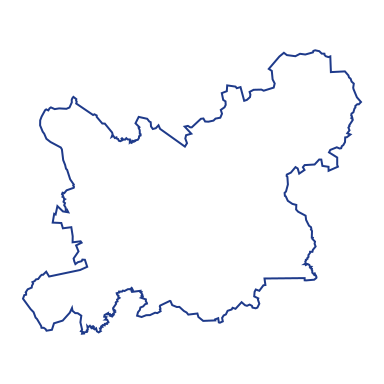 Kalvenes pag., Aizputes, Latvia
{"feature_id": "27541924B69386749223105", "entity_name": "Kalvenes pag.", "entity_type": "district", "adm_level": 2, "iso_a3": "LVA", "parent_name": "Latvia", "parent_adm1": "Aizputes", "projection": "mercator", "projection_center": [21.699, 56.611], "detail": "fine", "context": "isolated", "style": "outline", "palette": "blue", "viewbox_px": 384, "rotation_deg": 0, "n_neighbors": 0, "source": "geoboundaries", "source_scale": "gbopen_adm2", "svg_char_len": 5938}
<svg xmlns="http://www.w3.org/2000/svg" viewBox="0 0 384 384"><path d="M172.2,305.1L176.8,307.0L179.4,306.9L183.9,311.0L186.6,312.5L188.3,314.6L197.4,313.5L198.4,317.0L203.2,320.9L215.3,320.4L215.1,319.4L218.2,318.2L218.8,322.4L219.9,322.7L222.8,321.4L222.1,317.9L223.7,315.4L225.9,314.4L227.6,310.8L231.6,309.5L232.6,307.8L235.5,308.8L241.6,302.2L245.0,305.2L247.0,305.8L249.6,304.6L251.9,305.8L252.5,307.6L255.7,308.3L257.4,307.6L259.3,303.7L257.9,299.6L258.3,298.4L254.2,296.4L254.6,291.8L255.8,289.5L259.3,290.8L263.4,285.3L265.4,285.0L264.5,278.5L304.6,278.1L304.7,280.3L306.1,280.4L314.2,279.7L316.3,278.0L316.5,277.2L315.9,275.5L314.7,275.2L315.1,274.4L314.7,273.4L313.6,274.0L312.3,272.7L312.2,270.3L311.6,269.7L311.9,268.7L310.2,267.7L311.1,266.8L310.0,266.7L309.3,264.9L307.8,264.1L306.7,263.9L306.8,264.5L305.8,265.0L305.5,264.1L304.6,264.1L305.7,263.4L305.3,261.4L306.1,260.4L305.9,259.8L307.5,258.8L307.4,257.9L308.5,256.9L308.4,255.1L310.1,252.8L310.1,251.8L312.4,251.8L312.9,249.8L315.6,246.5L314.6,243.7L315.0,241.6L312.4,238.9L312.8,237.8L311.8,237.6L312.0,231.0L311.0,229.5L311.4,229.1L311.0,227.2L309.0,225.7L306.1,219.9L305.6,215.7L298.1,211.7L296.1,209.5L296.3,204.9L292.4,203.9L287.8,200.8L285.8,196.4L284.9,195.9L284.6,192.9L286.0,191.5L287.9,184.5L287.4,176.9L286.6,176.0L286.8,174.6L290.9,172.6L295.5,167.1L297.7,168.5L299.2,173.6L304.5,170.0L302.9,167.2L304.6,165.1L314.6,164.5L319.2,159.5L321.3,159.6L322.4,165.9L328.5,166.8L328.6,170.8L337.9,166.7L337.2,164.9L337.2,157.5L329.0,152.4L330.3,149.9L336.8,147.3L339.6,148.5L341.2,148.2L341.8,146.2L343.3,145.1L345.0,142.1L345.2,137.4L346.9,137.2L350.4,134.5L347.3,133.3L349.5,130.3L348.4,127.6L349.5,126.1L349.2,125.4L352.7,120.1L352.7,119.2L352.0,118.7L352.2,118.1L351.5,117.9L352.0,117.3L351.9,116.1L351.2,115.6L351.5,113.6L353.4,112.3L354.5,108.5L355.4,107.5L355.3,106.0L357.3,104.2L358.8,104.3L361.0,102.0L356.9,97.3L353.5,89.1L353.2,87.7L353.8,83.6L351.6,81.6L350.6,78.7L349.0,77.4L348.4,75.4L344.9,71.4L330.9,72.1L330.3,56.4L328.4,57.1L325.7,56.2L324.6,55.0L324.4,53.7L321.7,53.6L319.3,51.2L315.2,50.3L313.4,50.9L312.9,52.4L305.3,54.5L300.0,53.8L295.4,56.2L286.9,55.1L283.9,52.8L279.4,56.5L268.8,68.9L271.8,70.9L272.6,79.4L274.7,83.5L273.7,87.6L263.7,90.7L261.4,89.6L253.6,89.8L249.6,91.9L250.4,94.6L250.0,97.1L246.9,99.9L244.2,100.8L240.5,87.1L236.8,88.2L235.5,86.6L227.2,85.4L226.8,91.2L221.8,93.1L223.2,99.9L225.5,101.4L225.7,104.9L224.5,107.3L220.8,109.9L222.0,113.7L220.3,117.7L215.5,118.6L213.5,120.6L208.4,121.7L205.1,121.5L203.4,118.5L200.9,118.8L191.8,127.3L190.2,127.3L187.9,125.9L184.7,126.6L191.3,133.7L186.1,135.2L185.3,138.5L187.0,143.2L184.9,146.6L160.1,128.9L158.5,125.3L155.8,128.2L152.8,129.0L151.0,126.4L150.7,122.2L149.3,121.5L147.2,118.8L138.7,116.9L135.5,123.3L139.4,127.2L138.6,127.9L139.7,130.1L139.8,133.8L140.6,134.2L140.6,135.5L139.1,136.2L138.9,138.1L137.8,139.8L135.3,140.3L135.3,141.0L133.7,141.8L132.8,141.8L133.2,140.9L132.7,140.8L131.6,142.9L130.5,142.5L130.5,141.6L129.8,142.3L129.9,139.5L127.6,139.4L126.3,138.2L125.1,139.6L123.2,139.5L122.0,138.3L121.5,138.7L122.2,140.3L120.3,141.2L118.8,140.7L118.1,139.0L116.6,138.5L116.4,137.4L114.8,138.0L113.3,135.8L111.7,136.8L112.6,134.3L112.1,132.5L104.8,123.6L102.3,123.5L96.7,116.9L96.7,115.5L94.4,114.3L93.1,115.0L76.2,103.5L76.7,101.7L76.1,100.6L76.3,99.1L73.4,96.9L72.3,98.3L71.7,99.9L71.8,102.4L69.5,107.5L66.4,108.8L59.1,108.4L54.7,109.1L50.9,107.4L49.6,108.3L48.3,110.4L46.2,109.4L45.1,110.2L41.6,116.6L40.2,120.3L40.1,125.4L42.7,131.7L44.2,133.7L46.4,138.8L50.5,142.0L60.8,147.5L61.9,149.4L63.2,160.1L65.1,164.9L66.0,168.7L67.1,169.8L70.2,179.4L73.8,184.6L73.2,185.4L74.0,186.9L73.7,187.8L66.6,190.3L64.3,193.1L62.6,192.7L62.0,194.2L63.0,195.1L62.5,196.8L63.6,197.2L64.0,198.7L65.0,199.2L64.1,199.9L63.5,201.8L65.0,203.1L64.2,205.2L65.6,207.5L65.8,209.8L66.9,209.5L68.3,212.3L62.9,211.4L57.4,206.1L55.6,214.5L54.2,213.8L52.7,222.6L61.3,223.0L62.9,228.3L71.3,227.2L72.7,236.2L72.6,242.3L80.6,241.3L81.6,242.7L76.1,245.4L78.5,251.4L73.6,258.5L74.3,261.4L75.4,264.1L77.9,262.2L81.6,261.2L82.4,259.6L84.9,259.8L87.2,266.8L80.1,270.0L49.1,276.5L46.2,271.7L43.0,274.8L41.7,274.8L40.5,275.9L38.2,279.0L36.0,279.4L34.6,281.1L32.4,282.1L33.1,283.6L32.0,285.6L31.7,287.6L27.7,289.3L25.7,292.3L26.1,292.8L26.1,294.7L24.3,295.1L23.0,298.7L30.6,309.1L33.6,312.2L35.6,317.6L37.0,319.0L41.1,325.9L41.5,327.8L43.7,327.8L45.6,329.1L46.5,330.7L51.9,329.8L54.0,323.3L62.7,320.6L69.8,312.7L72.0,308.0L72.5,310.8L75.2,313.1L77.7,313.2L81.3,315.7L80.4,322.3L82.1,329.7L81.0,331.2L83.3,332.1L82.3,332.5L82.0,333.7L84.0,333.5L83.8,332.4L87.0,331.9L87.4,331.1L86.8,330.3L87.8,329.5L87.4,326.3L88.2,327.2L89.9,325.8L91.5,328.2L92.4,327.8L91.5,326.8L93.1,326.2L94.0,327.1L93.0,328.3L94.8,329.4L96.1,328.4L96.9,331.3L98.7,332.4L100.6,331.2L100.2,330.9L100.6,329.6L100.0,328.4L101.1,328.0L101.1,326.7L102.4,326.8L102.1,325.7L102.9,325.0L104.7,325.3L104.8,323.9L106.9,323.9L106.7,323.2L109.2,322.0L108.3,322.1L107.2,319.7L105.5,319.6L106.1,319.2L105.8,318.5L106.4,317.1L104.2,316.7L104.6,315.0L107.9,313.2L107.7,314.3L109.9,314.0L110.3,314.9L109.9,315.7L112.2,316.5L112.8,315.7L111.9,314.9L113.7,314.5L113.2,313.7L115.2,312.0L113.9,310.9L114.8,310.3L113.1,309.0L113.1,308.1L116.1,303.8L115.7,302.7L116.1,302.0L117.5,301.4L117.1,299.6L119.5,297.9L118.2,296.9L118.5,295.7L117.1,294.6L116.7,293.2L119.2,292.5L119.1,291.6L122.0,291.6L122.9,290.6L124.5,291.0L127.9,289.2L130.5,289.1L131.6,287.9L131.9,288.2L131.3,289.1L132.2,289.0L132.8,290.0L131.5,290.9L132.0,291.9L140.5,290.8L140.3,291.9L141.5,292.1L141.1,292.8L142.3,294.4L141.5,295.8L142.9,296.3L142.7,297.0L141.2,297.8L145.9,299.4L145.8,301.2L146.9,303.0L147.0,303.6L145.1,304.2L143.2,306.4L140.4,307.5L139.8,310.0L138.0,312.2L137.1,315.7L141.6,317.0L146.2,315.2L150.0,315.1L155.1,312.7L157.3,313.1L160.6,311.2L159.9,309.4L160.5,308.9L159.8,306.3L160.1,305.6L169.9,300.9L170.5,301.1L172.2,305.1Z" fill="none" stroke="#1e3a8a" stroke-width="2"/></svg>